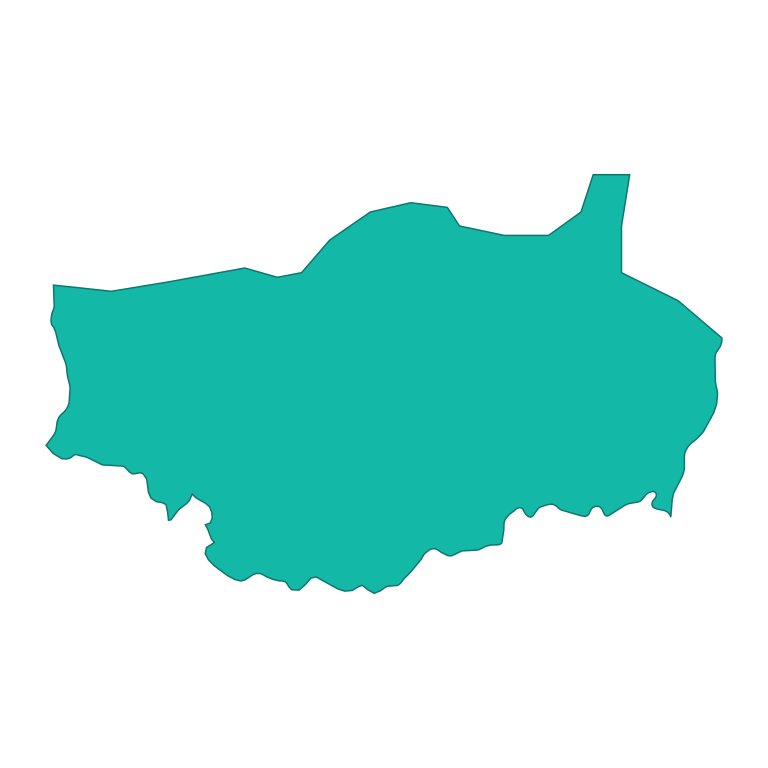 an SVG outline of Vakinankaratra
{"feature_id": "MDG-5881", "entity_name": "Vakinankaratra", "entity_type": "Autonomous Province", "adm_level": 1, "iso_a3": "MDG", "parent_name": "Madagascar", "parent_adm1": "", "projection": "robinson", "projection_center": [46.868, -19.718], "detail": "fine", "context": "isolated", "style": "filled", "palette": "teal", "viewbox_px": 768, "rotation_deg": 0, "n_neighbors": 0, "source": "natural_earth", "source_scale": "10m", "svg_char_len": 3149}
<svg xmlns="http://www.w3.org/2000/svg" viewBox="0 0 768 768"><path d="M46.1,445.4L53.9,434.9L55.5,431.6L56.1,429.5L57.0,422.7L57.5,420.6L58.9,417.3L61.1,414.7L63.7,412.3L66.0,409.7L67.8,406.6L68.5,404.7L69.1,402.6L70.1,388.2L69.8,385.4L67.8,377.4L67.1,373.5L66.6,367.9L65.9,363.7L58.9,345.5L55.7,332.2L54.4,328.9L53.2,326.5L52.0,325.2L51.2,323.0L51.0,320.0L51.6,314.9L52.4,312.0L53.4,309.8L54.0,307.9L54.2,305.5L53.5,285.1L111.2,291.3L167.8,282.0L244.8,268.0L277.2,277.3L301.5,272.7L329.8,240.0L370.3,212.0L410.9,202.7L447.3,207.4L459.5,226.0L504.0,235.4L548.6,235.4L581.0,212.0L593.2,174.7L629.7,174.7L621.5,226.0L621.5,272.7L678.1,300.7L721.9,338.0L721.9,340.5L721.4,343.3L720.2,346.6L716.4,352.2L715.3,354.7L715.0,359.0L715.4,381.8L716.1,386.1L717.0,389.7L717.5,392.7L717.5,394.9L716.6,404.2L713.6,413.0L703.5,431.5L701.3,434.2L696.4,439.1L690.9,443.5L688.5,446.0L687.5,447.5L685.7,450.7L684.9,452.9L684.4,455.6L684.4,468.6L683.7,471.9L682.5,475.8L673.6,493.2L672.2,499.5L670.8,517.1L669.9,514.8L669.0,513.6L667.8,512.3L666.3,511.4L664.7,510.6L657.2,509.0L655.0,508.3L653.3,507.3L652.3,505.9L651.9,504.2L652.2,502.5L652.9,500.9L655.2,498.1L656.1,496.7L656.4,495.0L656.0,493.3L654.7,492.0L652.8,491.4L649.6,492.3L647.6,493.3L646.0,494.7L641.5,500.2L640.2,501.2L638.4,501.9L628.4,503.7L625.0,505.2L608.7,515.6L607.0,516.0L605.3,515.5L603.9,513.5L602.3,509.6L601.2,508.1L599.9,507.0L598.0,506.4L595.8,506.2L592.7,507.5L591.2,509.2L590.2,511.1L589.5,513.0L588.5,514.5L587.3,515.7L584.9,516.3L581.6,515.9L561.6,510.1L560.0,509.3L556.0,505.9L554.5,504.9L552.5,504.3L550.0,504.2L546.4,505.0L540.2,507.1L538.9,507.9L538.1,508.7L533.3,515.3L532.1,516.6L530.5,517.1L528.3,516.6L525.9,514.4L524.5,512.4L523.6,510.4L522.6,508.9L521.2,507.8L519.4,507.6L517.1,508.4L515.5,509.6L514.1,510.9L509.8,514.0L508.6,515.2L506.3,517.9L505.3,519.4L504.5,521.1L504.0,523.2L503.8,529.9L502.1,541.1L501.7,543.1L499.9,544.4L497.0,544.9L491.3,545.0L485.8,546.2L479.4,549.5L476.9,550.1L462.0,550.9L452.2,555.6L450.1,555.9L447.5,555.5L441.4,552.4L437.7,549.8L436.1,549.1L434.1,548.6L431.0,549.1L429.1,550.1L424.8,553.5L423.7,554.9L420.9,559.6L410.8,571.9L403.5,579.3L401.4,582.2L400.2,583.5L398.9,584.6L397.1,585.5L388.9,586.1L385.9,586.8L380.6,590.7L374.2,593.3L367.9,589.8L362.4,585.3L357.9,586.9L352.5,590.4L344.7,591.1L337.6,588.8L316.0,576.9L310.8,578.2L305.4,584.5L299.2,590.1L291.8,589.8L289.2,587.2L287.5,584.4L285.7,582.0L282.8,581.0L278.9,580.8L272.8,579.3L266.3,576.7L263.5,574.9L260.5,573.6L256.5,573.4L252.7,574.8L245.0,579.9L240.8,581.0L234.6,579.4L227.2,575.4L214.2,565.7L208.4,559.7L205.2,553.5L206.5,547.6L214.2,542.6L211.2,538.5L207.9,529.5L205.3,524.8L210.3,523.0L212.2,518.1L211.8,512.1L209.5,506.8L205.9,503.5L196.2,498.0L192.1,494.1L189.6,500.2L186.6,503.5L178.7,509.6L170.9,519.9L168.5,520.2L167.6,512.1L166.0,504.5L161.8,502.5L156.4,501.7L151.0,498.1L148.4,492.2L146.7,479.1L143.1,473.8L140.2,472.7L134.4,473.8L132.1,473.8L129.6,472.1L125.4,467.6L123.3,466.1L102.4,464.9L86.5,457.1L79.1,455.4L76.8,454.6L74.5,454.7L71.3,457.2L69.3,458.4L66.6,458.9L63.8,458.9L61.5,458.5L53.2,453.5L46.1,445.4Z" fill="#14b8a6" stroke="#0f766e" stroke-width="1.5"/></svg>